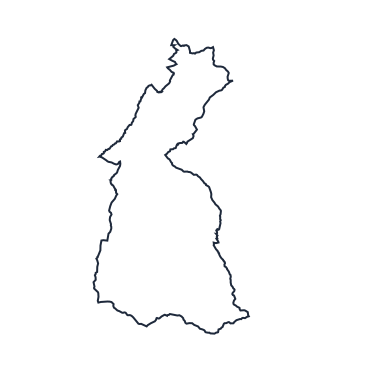 Agas, Bacau, Romania (Albers equal-area conic projection), rotated 112°
{"feature_id": "2599482B91391113599232", "entity_name": "Agas", "entity_type": "district", "adm_level": 2, "iso_a3": "ROU", "parent_name": "Romania", "parent_adm1": "Bacau", "projection": "albers", "projection_center": [26.147, 46.468], "detail": "fine", "context": "isolated", "style": "outline", "palette": "slate", "viewbox_px": 384, "rotation_deg": 112, "n_neighbors": 0, "source": "geoboundaries", "source_scale": "gbopen_adm2", "svg_char_len": 6027}
<svg xmlns="http://www.w3.org/2000/svg" viewBox="0 0 384 384"><g transform="rotate(112 192 192)"><path d="M193.9,291.2L193.7,290.9L193.7,288.2L194.8,283.0L195.2,282.0L195.3,280.7L194.7,277.6L195.0,275.1L194.9,272.8L194.6,272.1L193.6,271.1L191.3,270.7L190.7,270.1L192.7,269.0L194.8,268.5L199.4,269.0L201.5,268.8L202.8,269.0L205.4,270.6L206.1,270.4L207.6,271.3L208.2,271.3L208.5,271.7L210.0,271.9L211.0,271.4L211.5,272.0L211.6,271.6L213.0,271.4L214.5,270.3L215.3,269.1L215.1,268.8L215.7,267.3L218.1,264.4L219.1,263.8L219.1,263.5L218.5,263.5L218.7,263.2L221.2,262.1L222.0,260.5L223.6,260.9L227.2,261.0L231.9,262.6L235.8,262.5L240.2,261.9L241.2,261.0L241.6,259.4L243.0,258.2L245.8,258.6L248.2,258.0L249.1,257.6L252.1,255.1L253.5,254.7L254.5,253.8L256.3,253.1L259.6,252.9L261.9,253.8L268.8,252.3L269.9,256.2L270.9,257.8L275.9,256.8L280.4,255.1L286.7,255.1L287.5,255.4L288.0,255.0L289.6,255.7L290.7,254.4L293.4,252.3L296.9,251.8L301.7,250.0L303.1,251.0L304.3,250.6L305.5,250.9L307.1,249.5L309.5,248.4L312.5,249.5L316.2,247.0L317.6,246.9L318.2,246.5L320.1,241.7L320.9,241.0L324.3,239.4L328.2,238.6L329.6,237.4L328.1,235.3L325.2,229.3L324.5,227.3L324.2,225.4L325.3,222.7L327.1,222.3L328.5,221.0L328.7,219.8L329.8,216.8L329.7,214.7L330.1,211.5L329.8,210.6L329.0,209.7L328.8,208.8L328.8,208.3L330.3,205.9L330.3,205.3L329.4,203.5L329.4,201.8L330.2,199.6L334.2,192.3L334.0,191.1L333.3,189.7L333.6,183.7L332.1,183.2L329.1,181.0L325.8,178.0L324.1,177.5L322.2,177.6L321.9,177.3L321.9,175.8L321.4,174.9L318.8,173.6L316.2,171.5L316.0,171.2L316.1,168.7L315.4,168.7L314.6,167.4L313.5,166.9L313.3,166.2L312.0,159.3L311.0,157.5L311.3,155.1L312.3,152.9L313.5,152.1L314.2,150.5L315.7,149.2L316.0,148.4L316.1,147.7L314.6,145.4L313.6,142.7L314.4,140.2L314.4,136.0L315.8,133.5L315.5,131.0L315.5,129.4L315.8,128.3L316.7,127.4L316.9,126.6L316.4,124.2L315.9,123.2L316.2,122.0L314.9,118.1L313.2,116.8L312.6,115.6L312.2,115.3L309.5,115.9L307.9,114.1L306.7,113.9L305.8,113.1L302.3,113.1L301.5,112.7L300.8,111.2L299.0,109.5L298.8,108.7L299.4,107.1L298.2,104.4L297.0,104.2L294.2,102.8L291.8,99.9L291.4,98.7L290.2,98.3L289.6,97.6L289.1,95.6L287.1,94.2L286.0,92.8L285.3,93.7L282.5,95.3L282.0,98.2L282.1,99.4L283.7,102.7L283.0,103.7L281.6,104.6L281.4,107.5L280.9,108.7L280.6,111.1L280.2,111.6L279.2,112.2L276.9,112.4L274.9,111.8L272.6,113.9L272.2,114.4L272.2,115.5L271.5,116.4L270.4,116.5L268.1,115.7L266.7,115.9L266.2,116.5L265.9,117.6L264.6,119.0L263.9,120.6L261.5,122.2L259.0,123.2L258.2,124.0L256.1,124.3L254.5,125.2L254.2,126.1L252.0,128.1L250.4,130.6L249.9,130.8L248.9,132.4L248.7,133.9L247.0,134.8L245.7,134.7L244.7,135.4L244.6,136.1L243.9,136.7L243.8,137.4L243.2,137.8L242.5,139.7L241.3,141.6L239.7,143.4L238.7,143.9L238.6,144.6L238.0,144.9L237.5,146.0L236.9,146.3L236.2,148.1L233.2,152.0L232.4,152.0L230.8,152.9L230.6,151.3L230.3,150.4L228.9,148.5L228.1,149.1L226.2,151.8L225.6,151.1L224.5,152.2L223.9,152.0L222.8,152.6L222.6,152.4L221.8,153.9L221.7,153.5L220.8,153.3L219.7,153.8L218.5,155.1L216.9,154.6L216.9,154.3L217.3,153.8L217.0,153.2L216.2,152.9L210.2,153.9L208.7,154.9L207.3,154.8L206.7,155.7L204.3,156.6L203.7,157.2L201.9,157.2L198.7,158.1L197.9,159.0L197.3,160.3L195.7,162.4L194.6,165.7L193.5,167.1L191.9,170.0L189.7,172.3L186.7,173.3L185.2,174.3L181.0,178.0L180.6,179.1L180.3,181.6L179.6,181.9L179.3,182.7L179.3,183.7L177.9,185.7L176.5,188.7L175.6,190.0L175.1,192.4L174.3,193.8L174.3,194.6L175.4,196.8L174.4,199.9L174.3,201.2L174.8,203.1L174.8,204.0L176.1,206.9L176.1,207.7L175.2,209.9L175.4,215.9L174.8,217.4L174.6,219.3L174.0,220.6L173.1,221.3L172.7,221.3L172.1,222.7L170.8,224.2L170.1,225.3L169.9,226.9L167.7,230.7L165.8,229.5L164.0,229.1L162.5,227.7L160.6,228.0L159.4,225.6L158.3,225.1L157.4,223.6L154.1,223.7L153.6,222.8L153.2,222.7L152.8,223.4L152.5,223.3L151.2,221.7L150.2,219.5L148.6,219.0L148.5,218.3L149.0,217.5L148.9,216.7L149.6,215.3L148.4,215.0L147.0,215.1L141.8,211.4L139.5,211.5L138.1,212.8L137.9,212.4L132.3,210.8L129.8,213.9L129.2,215.3L128.6,215.7L123.7,215.9L121.7,214.5L119.6,211.6L118.6,211.0L115.2,210.7L112.6,210.9L109.3,213.0L108.6,213.1L106.2,212.8L100.0,210.9L97.7,210.9L94.1,208.7L90.5,207.1L87.7,204.5L87.0,203.2L86.0,202.4L83.5,202.0L82.3,200.9L81.1,201.1L79.9,200.7L78.1,199.2L76.0,198.3L73.4,195.7L74.9,199.0L75.0,199.9L74.8,200.4L73.6,201.3L71.8,202.2L67.9,202.5L66.9,203.7L65.9,206.4L65.0,207.6L64.5,209.8L64.6,210.8L64.9,212.3L66.3,216.0L66.1,218.3L65.6,219.7L64.0,220.4L62.2,220.5L61.4,222.1L60.3,222.7L57.3,223.1L54.9,224.6L52.4,224.8L49.8,226.8L51.2,227.9L51.7,228.7L52.0,231.1L52.8,232.4L54.5,233.6L56.5,234.3L57.6,236.2L59.7,237.7L61.1,240.3L62.6,241.1L62.5,242.1L63.3,243.4L63.7,246.0L62.0,246.7L58.3,249.6L57.9,252.1L59.3,254.6L59.6,254.5L59.7,254.9L59.7,255.5L60.8,256.7L60.9,257.2L59.7,260.3L57.7,262.6L57.1,263.9L56.7,265.7L58.3,266.4L63.6,266.2L62.5,263.3L63.4,263.9L64.4,263.7L65.3,261.4L65.8,258.6L66.8,259.6L68.2,258.8L68.9,258.9L70.8,260.4L72.7,260.4L77.3,262.9L77.7,259.5L77.8,256.5L79.0,255.1L79.3,254.3L81.7,256.3L85.7,261.7L86.3,260.8L87.1,258.2L88.3,255.9L88.3,253.7L89.1,253.1L89.6,253.4L90.2,253.1L91.0,253.7L96.9,254.3L97.7,253.7L99.8,253.9L104.0,256.2L106.6,257.0L107.8,257.7L110.2,257.9L110.4,258.2L110.4,257.5L110.9,257.8L112.2,260.3L112.2,261.7L111.4,262.2L110.3,265.2L107.7,269.7L108.6,270.3L109.1,271.3L110.0,272.1L111.5,272.4L112.3,273.1L115.2,273.3L117.9,272.6L119.2,273.4L122.5,273.7L123.0,274.5L123.5,274.5L123.8,273.9L125.0,274.1L127.3,273.8L127.6,274.0L127.8,274.6L129.3,274.3L131.8,274.8L133.9,273.0L140.5,273.5L142.2,273.2L142.9,272.6L143.6,272.3L146.3,273.6L148.3,273.1L150.3,273.7L152.2,273.4L152.7,273.7L153.2,275.0L156.0,275.9L157.9,275.9L159.6,277.1L160.4,277.1L162.2,276.1L162.9,277.0L166.5,276.9L168.0,277.9L169.1,277.6L170.3,278.5L171.8,277.8L172.3,278.3L172.5,279.0L172.9,279.4L173.1,280.4L175.3,280.8L175.7,281.5L177.0,281.9L178.0,283.0L179.4,283.3L180.0,284.1L182.9,284.7L183.3,285.6L184.8,286.3L185.2,287.7L187.0,287.8L187.8,288.8L189.2,288.3L190.1,289.0L190.6,289.8L192.5,290.0L192.9,290.9L193.9,291.2Z" fill="none" stroke="#1e293b" stroke-width="2"/></g></svg>